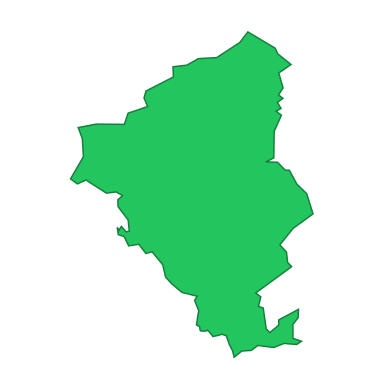 Saraj, Saraj, North Macedonia, rotated 183°
{"feature_id": "65306769B68285102273894", "entity_name": "Saraj", "entity_type": "district", "adm_level": 2, "iso_a3": "MKD", "parent_name": "North Macedonia", "parent_adm1": "Saraj", "projection": "albers", "projection_center": [21.239, 42.003], "detail": "fine", "context": "isolated", "style": "filled", "palette": "green", "viewbox_px": 384, "rotation_deg": 183, "n_neighbors": 0, "source": "geoboundaries", "source_scale": "gbopen_adm2", "svg_char_len": 1339}
<svg xmlns="http://www.w3.org/2000/svg" viewBox="0 0 384 384"><g transform="rotate(183 192 192)"><path d="M144.6,354.8L152.1,343.8L174.4,327.5L192.7,325.5L203.8,318.4L217.5,316.1L216.6,305.9L243.2,290.5L244.8,283.4L240.8,275.0L259.9,267.4L263.1,256.0L291.0,254.8L309.0,250.4L304.3,239.6L302.3,221.5L314.0,198.7L306.9,194.1L298.5,198.4L277.5,186.4L267.8,188.1L261.2,184.8L265.6,180.4L265.1,173.5L254.3,160.7L252.6,149.7L255.6,148.7L260.7,153.9L262.8,150.2L264.8,152.7L263.4,145.6L257.5,144.0L252.4,134.9L242.4,137.0L234.8,128.2L228.7,130.2L217.4,117.8L213.9,105.6L207.4,99.2L196.8,91.2L181.4,88.2L183.7,83.9L179.1,74.0L180.6,59.5L177.3,57.9L176.7,54.5L175.7,53.6L170.9,53.9L169.6,54.8L167.8,53.6L163.5,48.8L158.2,50.2L154.8,51.5L150.3,50.3L146.6,41.4L143.1,35.4L141.3,29.2L133.9,35.8L124.6,36.9L118.1,42.2L102.2,41.0L92.2,45.6L79.4,45.2L74.9,48.7L83.5,51.1L84.3,65.0L79.4,72.1L79.5,80.4L98.6,68.9L98.5,63.5L106.9,55.7L110.7,59.1L114.8,79.8L119.6,81.3L117.8,90.9L123.1,94.5L88.6,122.7L92.8,126.6L94.5,136.9L101.5,143.8L89.1,161.0L70.0,176.5L77.4,196.4L87.6,205.2L95.9,218.8L100.1,218.7L108.1,226.2L119.9,225.9L112.1,230.3L113.1,256.9L106.7,273.4L112.3,277.1L107.5,280.1L111.4,286.0L106.1,290.3L110.7,293.5L106.5,300.7L111.6,315.4L99.8,324.5L113.7,334.5L116.4,339.9L144.6,354.8Z" fill="#22c55e" stroke="#15803d" stroke-width="1.5"/></g></svg>